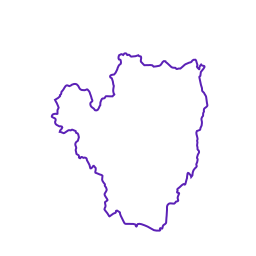 Quang Uyen, Cao Bằng, Vietnam (orthographic projection), rotated 203°
{"feature_id": "81297802B42250510796537", "entity_name": "Quang Uyen", "entity_type": "district", "adm_level": 2, "iso_a3": "VNM", "parent_name": "Vietnam", "parent_adm1": "Cao Bằng", "projection": "orthographic", "projection_center": [106.453, 22.67], "detail": "fine", "context": "isolated", "style": "outline", "palette": "violet", "viewbox_px": 256, "rotation_deg": 203, "n_neighbors": 0, "source": "geoboundaries", "source_scale": "gbopen_adm2", "svg_char_len": 5789}
<svg xmlns="http://www.w3.org/2000/svg" viewBox="0 0 256 256"><g transform="rotate(203 128 128)"><path d="M189.3,97.8L188.8,98.0L185.2,98.1L184.6,98.6L182.2,102.3L181.7,102.8L180.8,103.2L180.1,103.3L179.6,103.6L179.3,104.2L178.8,104.6L178.3,104.7L175.2,104.7L174.8,104.6L174.5,103.9L173.9,103.3L173.4,103.2L172.6,103.4L172.2,103.3L171.3,102.6L169.6,100.3L169.2,97.0L169.2,96.6L169.5,96.0L170.0,95.3L170.2,94.7L170.4,93.5L170.2,92.5L169.6,91.5L168.2,90.0L167.8,89.3L167.7,87.9L167.4,87.0L166.1,85.2L165.4,84.1L165.1,83.9L163.5,83.7L162.8,83.6L162.6,83.4L161.9,82.6L161.7,81.8L161.3,81.5L160.7,81.4L160.1,81.6L159.8,82.8L159.5,83.1L159.0,83.3L157.4,83.1L156.6,83.7L156.1,83.9L155.1,84.0L154.2,83.7L153.2,82.3L150.3,80.0L149.0,78.9L147.1,76.4L146.8,76.2L146.3,76.4L146.0,76.7L145.5,78.0L145.1,79.6L144.7,79.8L142.1,78.5L141.7,77.7L141.3,76.5L141.0,74.9L140.6,74.2L140.0,74.1L138.9,74.2L135.9,74.2L134.2,74.4L133.4,74.3L132.8,74.0L131.7,70.5L131.0,69.5L129.0,68.1L127.9,67.6L127.2,67.1L126.9,66.0L126.3,65.4L125.0,64.7L123.7,63.2L123.4,62.6L123.4,61.3L123.8,58.5L123.6,57.7L122.9,56.8L119.6,54.5L118.8,53.8L118.7,53.5L119.2,52.4L120.1,51.0L120.1,50.5L119.6,49.6L118.4,47.9L118.0,46.7L118.1,45.6L118.0,44.4L117.8,43.8L116.7,43.1L113.6,41.4L110.9,39.5L110.4,39.5L108.0,43.5L106.5,44.9L106.3,45.3L106.3,45.9L106.5,46.4L106.6,47.0L106.4,47.3L105.7,47.7L102.7,47.2L102.4,47.0L101.7,45.8L100.5,44.5L95.3,40.0L94.0,39.0L93.1,38.8L92.6,38.9L85.8,41.7L84.7,41.9L83.5,42.0L83.0,41.7L82.5,40.8L82.1,40.6L81.8,40.6L81.6,40.9L81.7,42.6L81.5,43.3L80.2,44.2L78.1,44.7L74.7,44.9L71.4,44.9L64.2,44.1L61.6,44.7L58.8,45.9L58.6,46.2L58.5,46.8L59.2,47.6L59.2,48.3L59.0,48.5L58.5,48.6L57.4,48.7L57.2,49.4L57.6,51.2L57.4,52.5L56.4,54.0L56.1,54.7L55.9,55.4L56.0,56.0L57.5,60.3L58.1,62.2L60.2,68.1L61.2,70.4L61.4,71.1L61.5,72.2L61.4,72.8L60.9,74.1L60.1,74.9L59.3,75.3L57.1,76.0L56.0,76.4L55.8,76.7L55.3,77.8L55.1,78.9L53.6,80.1L53.5,80.4L53.5,81.0L55.0,83.0L55.3,84.4L55.3,87.5L55.5,87.9L56.0,88.1L56.8,87.8L57.2,87.8L57.7,88.0L57.9,88.5L57.8,89.6L58.5,90.4L58.6,91.3L58.0,92.4L57.2,93.9L56.1,96.4L55.4,97.5L54.9,98.1L54.5,98.3L53.8,98.0L53.6,98.1L53.4,98.4L53.3,98.9L54.0,103.6L54.1,105.0L54.5,105.9L55.4,109.4L55.2,110.1L54.6,110.2L52.1,109.1L51.2,108.3L50.7,107.6L50.2,109.5L51.0,112.3L51.2,114.6L50.7,116.8L49.9,118.6L49.8,119.6L50.0,120.0L50.8,120.9L51.0,121.7L51.0,123.6L51.5,126.0L51.9,126.7L52.5,127.1L52.9,127.7L53.0,128.2L53.3,130.9L53.1,132.5L53.1,133.2L53.2,133.6L53.4,134.0L54.2,134.9L54.9,135.1L55.6,135.5L55.8,135.9L56.5,137.4L57.4,138.6L57.7,139.2L58.3,141.3L58.5,142.0L59.4,143.2L59.6,144.9L59.9,145.5L61.1,147.2L62.5,149.0L63.0,149.9L63.3,150.6L63.4,152.1L61.2,154.2L61.0,154.6L61.0,155.1L61.3,156.4L61.2,159.0L61.5,160.1L61.9,161.5L62.4,162.6L63.7,164.5L64.0,165.2L64.1,166.2L64.0,167.4L63.7,168.3L63.8,169.0L64.4,170.4L64.6,171.4L64.5,172.8L65.1,173.9L65.3,174.6L65.4,175.4L65.2,176.1L64.2,177.8L63.8,178.8L63.7,179.5L63.9,180.1L65.1,181.9L67.9,186.6L68.4,187.4L69.3,188.2L71.0,189.4L71.8,190.1L73.6,190.8L74.1,191.1L74.5,191.6L75.5,193.6L77.7,196.2L82.1,202.5L82.3,203.0L82.2,203.4L81.8,204.1L81.8,204.4L82.8,207.9L82.7,208.5L81.7,211.9L81.5,213.3L81.4,213.7L81.6,214.4L81.7,214.6L82.2,214.8L83.4,214.6L84.9,214.5L85.5,214.9L85.9,213.6L86.0,211.4L85.4,210.4L85.4,210.0L85.6,209.9L87.8,210.8L88.5,211.4L88.7,213.1L91.7,216.7L92.6,217.2L94.3,216.4L95.1,215.2L95.5,213.6L96.1,212.9L97.4,211.9L99.0,210.2L99.8,209.4L100.5,208.4L101.7,205.8L103.0,203.2L104.6,202.5L105.9,201.5L106.5,201.3L107.9,201.9L110.2,201.1L111.7,201.0L116.9,202.9L119.0,203.5L119.6,203.8L119.7,204.0L121.1,203.6L121.4,203.2L121.9,202.2L122.2,200.3L122.7,198.5L123.5,197.5L126.4,195.6L128.4,194.5L130.1,195.2L131.7,194.8L137.5,192.2L139.1,192.8L142.0,194.1L142.4,194.7L142.8,195.9L143.1,197.2L143.6,198.3L144.1,198.8L144.6,198.8L145.5,198.5L145.9,198.5L146.9,199.0L149.2,197.0L152.9,195.0L153.4,195.0L155.4,195.8L156.0,195.7L156.8,195.0L157.3,194.9L158.0,195.5L158.6,195.8L159.3,195.8L160.1,195.4L160.5,195.0L160.9,193.6L161.0,193.3L162.4,193.5L162.8,193.4L163.2,193.2L163.8,192.4L164.5,191.8L164.6,190.4L164.3,189.2L163.8,188.2L163.1,187.6L162.3,187.8L161.5,187.7L160.9,187.0L160.2,185.8L159.9,185.1L159.8,184.2L160.1,183.6L160.5,183.0L160.9,181.9L161.0,179.3L160.8,177.7L161.0,174.1L161.6,172.1L161.8,171.7L162.6,171.3L163.9,170.4L164.5,169.7L164.7,169.0L164.7,168.6L164.0,167.7L162.3,167.4L160.2,165.0L158.5,162.3L157.5,161.2L156.7,157.9L156.1,156.3L155.4,155.2L154.7,154.3L153.7,153.6L153.7,153.3L154.3,152.2L154.6,151.1L157.0,150.1L159.9,149.0L160.7,148.6L161.0,147.9L161.1,146.8L161.5,146.1L161.9,145.7L162.8,145.3L163.3,144.7L163.5,143.4L163.4,140.8L162.7,138.8L162.4,138.2L162.7,136.6L162.6,135.3L162.9,133.1L163.7,132.0L164.7,131.6L165.2,131.5L165.8,131.7L166.3,132.1L167.1,132.5L169.7,133.1L170.9,133.8L171.7,134.7L172.2,135.7L172.3,136.6L172.0,137.4L171.4,138.6L171.5,139.2L171.7,139.6L172.9,140.8L173.8,142.0L175.1,143.5L176.1,144.5L177.0,145.6L178.0,146.5L180.3,147.6L180.9,147.5L182.0,146.4L182.8,145.8L184.5,145.2L185.6,144.9L186.9,145.0L187.9,145.4L190.4,147.4L192.2,148.1L193.1,148.1L193.9,147.9L194.9,147.4L196.5,146.0L197.0,145.1L198.2,143.7L198.8,143.6L200.2,143.6L200.9,143.4L201.5,142.8L201.9,142.0L202.3,139.9L202.4,138.8L202.8,136.9L203.3,135.6L203.3,135.1L202.9,133.4L202.9,132.9L203.5,131.6L203.4,131.4L203.0,130.9L203.0,130.6L204.1,128.3L206.2,125.4L204.8,124.2L203.3,123.1L200.9,120.8L199.8,119.6L199.8,118.7L199.9,116.9L198.5,113.6L198.7,113.3L199.0,113.1L200.0,112.9L201.3,112.2L202.3,111.4L202.7,110.4L202.8,109.8L202.7,109.0L202.5,108.6L201.7,108.4L199.3,108.3L198.5,108.1L197.9,107.5L197.6,106.7L197.5,105.1L196.9,104.1L196.1,103.4L195.0,103.0L191.8,102.7L190.6,103.3L189.4,103.4L188.7,102.8L188.7,102.3L188.8,101.2L189.5,99.2L189.3,97.8Z" fill="none" stroke="#5b21b6" stroke-width="2"/></g></svg>